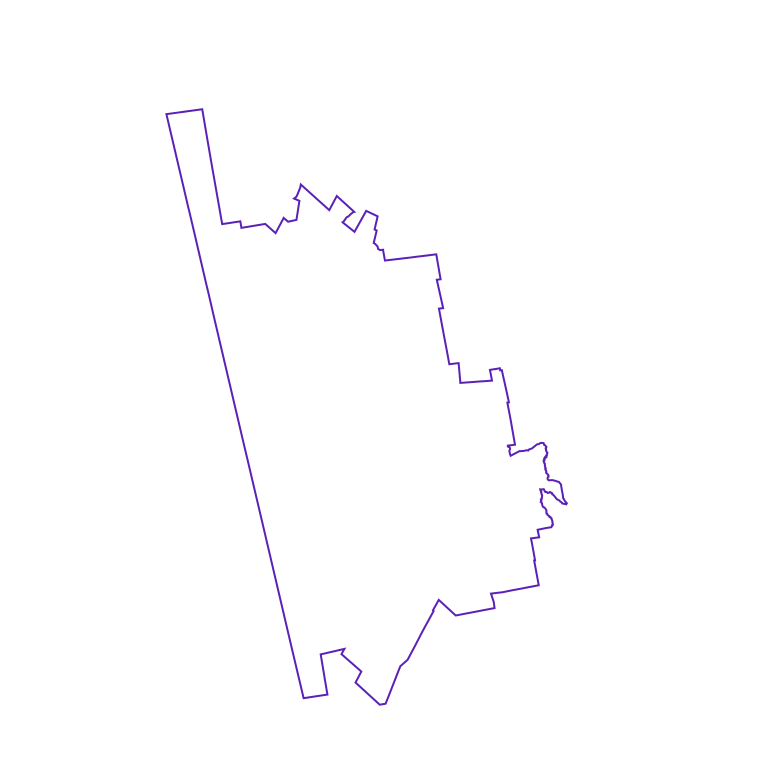 Mount Isa, Queensland, Australia, rotated 347°
{"feature_id": "25037944B13114344079677", "entity_name": "Mount Isa", "entity_type": "district", "adm_level": 2, "iso_a3": "AUS", "parent_name": "Australia", "parent_adm1": "Queensland", "projection": "equal_earth", "projection_center": [139.561, -19.747], "detail": "fine", "context": "isolated", "style": "outline", "palette": "violet", "viewbox_px": 768, "rotation_deg": 347, "n_neighbors": 0, "source": "geoboundaries", "source_scale": "gbopen_adm2", "svg_char_len": 5828}
<svg xmlns="http://www.w3.org/2000/svg" viewBox="0 0 768 768"><g transform="rotate(347 384 384)"><path d="M464.4,613.9L465.7,614.0L465.8,614.0L468.7,614.1L489.5,614.9L490.6,589.8L491.5,589.9L492.1,577.6L492.3,573.1L492.5,567.5L500.7,568.3L500.9,560.6L509.9,560.8L514.8,561.2L515.3,560.5L515.6,560.4L515.8,560.1L516.0,559.4L516.4,559.5L516.7,559.4L517.0,558.9L517.0,558.1L517.0,557.7L517.1,557.3L517.0,557.0L516.9,556.8L516.9,556.5L517.1,556.3L517.1,555.8L517.2,555.6L517.2,555.4L517.3,555.1L517.2,554.5L517.0,554.2L517.0,553.7L516.8,553.3L516.8,553.0L517.0,552.7L517.0,552.4L516.8,552.2L516.5,551.8L516.4,551.4L516.2,551.0L516.1,550.9L515.7,551.2L515.4,551.0L515.3,550.8L515.4,550.4L515.3,549.9L515.2,549.7L514.9,549.4L514.6,549.3L514.5,549.0L513.9,548.3L514.0,547.6L513.7,547.1L513.2,546.9L513.3,546.2L513.3,545.7L513.5,545.5L513.4,544.9L513.7,544.4L513.8,543.4L513.6,542.7L513.4,542.3L513.3,541.9L512.9,541.1L512.6,540.6L512.3,540.3L512.1,540.3L511.8,539.8L511.4,539.5L511.2,539.4L511.1,539.0L511.0,538.4L511.0,537.7L511.0,536.7L511.1,536.0L511.0,535.5L510.8,535.3L510.9,535.0L510.8,534.6L510.2,534.2L510.3,534.0L510.5,533.9L510.6,533.7L510.8,533.5L511.1,533.1L511.0,532.9L510.9,532.9L510.8,532.7L510.8,532.4L510.9,532.0L510.9,531.8L511.3,531.8L511.4,531.7L511.9,531.4L512.1,531.2L512.1,530.5L512.1,530.3L512.3,530.0L512.7,529.1L512.8,528.6L513.0,528.4L512.9,528.1L512.8,527.5L513.0,527.2L512.8,526.5L512.9,525.7L512.7,525.4L512.7,524.8L512.8,524.2L513.0,524.1L512.9,523.8L512.7,523.5L512.7,523.1L512.5,522.7L512.5,522.3L512.5,521.8L513.8,522.2L516.0,522.4L516.2,523.3L516.3,523.7L516.5,524.0L516.5,524.4L516.6,524.6L517.0,525.6L517.6,525.6L518.5,526.1L518.9,526.9L519.5,527.1L520.6,527.0L521.1,526.6L521.9,526.9L522.1,527.1L522.4,527.7L522.7,527.7L523.0,527.8L523.1,528.1L523.1,528.9L523.1,529.2L523.5,529.4L523.5,529.6L523.8,529.7L525.1,532.1L525.7,533.5L526.0,534.2L526.1,534.5L526.4,535.0L527.5,536.0L528.8,537.1L528.9,537.3L529.1,537.9L529.4,538.3L529.8,538.7L530.2,539.2L530.3,539.3L530.6,539.5L530.8,539.8L530.8,540.4L532.0,541.1L534.3,542.0L534.5,542.2L535.3,541.4L535.0,540.5L534.3,539.6L534.1,539.2L533.2,536.2L532.9,535.9L533.3,531.9L533.4,527.9L533.6,524.9L533.6,524.7L533.7,523.3L533.7,523.0L533.9,521.8L532.4,518.8L532.2,518.8L532.1,518.7L531.8,518.5L530.9,518.0L530.8,517.9L530.0,517.5L529.7,517.2L526.7,515.6L525.3,515.3L522.9,514.9L522.3,514.1L522.2,513.9L522.1,513.7L522.1,512.7L522.7,511.6L523.3,511.0L523.5,511.1L523.7,510.3L523.4,509.8L523.5,509.3L522.0,507.0L522.2,506.5L522.2,506.4L522.3,506.3L522.4,506.1L522.3,505.9L522.5,505.0L522.2,504.6L522.1,504.2L522.0,503.8L522.0,503.7L522.2,503.8L522.2,503.5L522.5,503.1L522.5,502.8L522.6,502.7L522.6,502.0L522.4,501.8L522.3,501.5L522.3,501.1L522.4,500.8L522.4,500.6L522.4,500.2L522.3,499.9L522.3,499.7L522.6,499.4L522.6,498.3L522.8,498.0L522.6,497.7L522.6,497.2L522.4,497.1L522.3,496.4L522.2,496.2L522.3,495.7L522.2,495.2L522.3,494.6L522.8,494.7L522.8,494.4L523.0,494.3L523.0,493.9L523.0,493.7L523.1,493.4L523.4,493.6L523.6,493.6L523.7,493.3L523.8,492.9L524.0,492.7L523.9,492.3L523.9,491.9L524.1,491.8L524.2,491.6L524.3,491.5L524.5,491.4L524.5,491.6L524.9,491.8L525.2,491.9L525.5,491.8L525.8,491.9L525.9,491.7L526.0,491.5L525.9,490.5L525.8,490.3L526.0,490.1L526.4,490.0L526.8,489.9L526.8,489.6L527.1,488.8L527.3,488.4L527.8,487.8L527.8,487.6L527.2,486.7L527.1,486.2L527.1,485.9L527.0,485.4L526.9,485.2L527.1,484.7L527.0,484.3L527.3,483.9L527.3,483.4L527.1,483.3L527.0,483.0L527.1,482.8L527.5,482.5L528.0,482.1L528.1,481.6L527.5,480.7L527.2,480.2L527.1,479.9L526.8,479.7L526.5,479.5L526.5,479.2L526.4,479.1L526.3,478.9L526.3,478.1L526.2,477.5L525.5,477.2L524.3,476.8L523.0,476.7L521.3,477.4L519.6,477.2L513.6,480.1L510.6,480.4L509.5,481.3L508.1,480.6L506.1,480.7L502.1,480.2L500.9,479.9L491.3,482.4L491.2,481.7L491.0,481.0L491.1,478.8L491.0,478.3L491.0,477.8L491.4,476.9L492.3,475.5L492.3,474.7L492.2,474.2L491.9,473.9L491.4,473.4L491.1,473.3L490.7,472.8L490.6,472.6L490.8,471.9L491.6,472.0L498.0,472.6L498.7,459.1L498.8,457.0L499.2,450.3L499.6,441.3L499.6,440.9L500.0,429.9L501.6,430.0L501.8,412.4L501.9,397.0L500.3,396.8L500.4,394.7L495.5,394.5L495.4,394.4L490.4,394.1L490.0,405.0L480.8,403.6L479.4,403.3L470.1,401.9L458.6,400.1L459.0,397.8L461.4,380.4L452.1,379.4L452.7,366.0L453.3,350.6L453.8,339.0L454.5,322.9L458.7,323.4L458.8,309.5L458.9,294.3L462.7,294.7L464.1,269.4L433.5,266.2L412.7,263.9L413.2,253.3L413.3,253.0L410.2,252.6L408.6,251.0L408.7,248.7L407.1,245.8L405.7,244.3L411.4,232.8L409.6,231.3L414.1,222.1L415.5,219.2L412.5,216.8L412.4,216.7L405.6,211.3L389.5,229.1L384.1,222.3L380.4,217.6L380.1,217.3L380.0,217.1L380.4,217.0L380.8,216.9L381.2,216.7L381.6,216.2L382.1,215.8L383.0,215.1L383.6,214.6L383.9,214.1L384.5,213.6L385.3,213.1L386.3,212.8L387.1,212.7L387.5,212.4L388.7,211.7L389.4,211.2L390.7,210.5L392.0,210.0L392.4,209.8L393.2,209.6L393.7,209.6L380.3,190.2L369.8,202.3L347.8,170.9L346.6,173.7L342.0,180.3L340.5,182.0L338.1,183.1L342.8,186.5L335.6,204.4L327.1,204.3L323.6,199.6L323.1,200.3L320.3,203.4L316.5,207.8L315.1,209.4L312.3,212.6L304.3,201.3L280.2,199.8L280.6,193.2L262.3,191.8L264.7,146.3L265.2,136.2L266.3,116.8L266.6,111.3L267.0,104.2L268.7,75.4L232.7,72.1L233.0,159.5L233.0,166.5L233.1,172.0L233.2,196.9L233.3,248.1L233.4,254.9L233.4,281.0L233.4,283.9L233.9,414.1L234.0,425.6L234.3,500.4L234.7,616.1L235.0,672.0L235.6,672.1L247.7,673.0L259.0,673.9L259.8,660.6L259.8,660.4L261.5,633.2L277.4,633.2L285.8,633.2L281.8,637.7L291.2,650.7L291.3,650.8L297.2,659.1L289.1,668.5L307.7,695.5L313.6,695.9L317.6,690.2L332.1,668.9L336.4,662.7L345.0,658.0L355.6,645.8L366.3,633.2L379.9,617.9L381.3,616.3L380.8,615.5L388.8,606.7L401.8,625.7L441.3,627.2L441.9,621.1L441.1,612.3L447.7,613.0L450.1,613.3L451.0,613.4L452.9,613.6L461.7,613.8L462.3,613.8L462.7,613.8L463.1,613.9L464.4,613.9Z" fill="none" stroke="#5b21b6" stroke-width="2"/></g></svg>